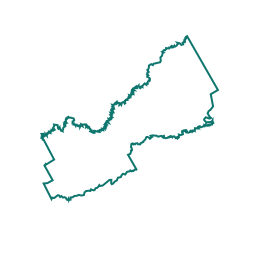 the district of San Justo, Santa Fe, Argentina, rotated 50°
{"feature_id": "61730980B61800814165729", "entity_name": "San Justo", "entity_type": "district", "adm_level": 2, "iso_a3": "ARG", "parent_name": "Argentina", "parent_adm1": "Santa Fe", "projection": "albers", "projection_center": [-60.381, -30.562], "detail": "fine", "context": "isolated", "style": "outline", "palette": "teal", "viewbox_px": 256, "rotation_deg": 50, "n_neighbors": 0, "source": "geoboundaries", "source_scale": "gbopen_adm2", "svg_char_len": 5845}
<svg xmlns="http://www.w3.org/2000/svg" viewBox="0 0 256 256"><g transform="rotate(50 128 128)"><path d="M83.0,200.2L104.7,204.9L103.3,214.4L102.7,214.3L103.0,216.1L119.6,219.3L118.4,225.2L116.3,228.3L133.3,232.3L132.6,230.8L134.2,229.6L134.4,224.9L135.3,224.2L137.2,224.4L137.3,222.8L139.5,222.5L140.2,221.1L141.3,220.5L143.7,220.9L144.5,220.3L144.0,219.1L144.8,219.5L144.6,219.2L145.5,218.9L146.0,218.1L144.3,216.6L145.5,214.9L145.6,212.8L147.0,210.8L147.6,208.7L149.7,207.2L151.0,204.9L149.4,202.7L149.3,200.8L150.7,198.5L152.0,197.3L151.2,195.9L153.8,194.3L154.0,193.4L153.3,191.6L154.0,190.1L153.9,188.3L153.3,186.7L154.4,186.7L155.8,184.4L155.9,175.4L157.0,174.1L159.5,176.4L160.6,176.5L161.0,175.2L160.5,172.6L161.0,170.3L159.6,167.7L161.0,165.0L160.0,163.2L159.9,161.2L161.8,160.1L161.0,156.8L162.5,154.0L162.1,153.5L163.7,152.9L163.8,151.7L164.4,151.4L164.2,149.8L165.0,148.6L165.9,148.3L148.5,145.2L149.3,142.9L148.0,140.7L147.2,140.2L147.6,139.3L146.1,138.2L144.6,138.0L142.4,135.6L142.6,134.7L143.9,134.4L143.7,133.7L145.0,133.1L144.8,132.1L145.7,130.6L146.8,130.8L148.4,129.1L147.7,127.9L148.6,125.4L148.1,125.1L147.9,122.2L146.8,119.7L147.3,118.9L148.9,118.0L150.2,118.2L150.5,117.5L150.0,116.6L150.3,115.4L148.6,115.5L149.4,114.0L152.3,111.1L154.0,110.5L155.4,107.6L157.4,107.3L156.7,106.5L157.1,105.5L158.8,106.5L160.0,105.8L161.1,103.5L161.8,103.8L161.0,102.8L161.5,102.5L161.4,100.7L162.0,100.3L162.5,100.8L163.1,99.7L163.6,99.8L163.4,99.1L164.2,97.9L165.9,97.9L166.4,96.7L166.7,97.2L166.9,96.7L167.9,96.9L167.9,95.0L165.7,93.3L167.3,92.2L168.4,89.1L167.7,90.0L165.8,89.2L165.3,88.6L166.9,87.7L165.7,87.8L165.5,87.2L166.6,85.3L167.9,85.6L167.7,86.3L168.6,86.3L169.1,85.9L168.5,85.0L169.8,85.3L170.4,84.6L171.0,83.2L170.3,82.4L170.4,81.7L171.5,81.6L171.1,81.0L171.4,80.4L172.3,80.9L172.3,79.0L173.2,78.7L171.2,76.8L173.4,74.8L173.0,74.2L172.5,74.7L172.4,74.1L173.0,73.9L172.2,73.7L172.2,73.1L172.8,71.9L173.4,72.2L174.5,71.5L175.2,68.9L174.6,67.8L175.6,67.6L175.3,66.6L175.8,67.0L175.7,66.4L176.1,66.7L175.9,66.3L177.1,66.1L177.0,64.7L177.7,64.6L177.4,64.3L178.4,63.5L177.9,63.1L179.0,61.9L178.6,61.3L179.0,61.1L178.3,60.6L179.0,59.5L177.9,59.1L177.8,59.7L176.5,58.5L177.0,60.1L174.1,64.3L171.2,64.6L170.2,64.0L169.8,61.5L173.2,59.5L173.7,58.0L171.1,58.2L168.0,57.6L166.9,55.3L167.1,53.1L166.1,48.9L155.3,42.9L156.7,34.7L95.6,23.7L95.4,24.8L96.4,25.3L96.0,26.3L96.8,26.4L96.7,28.0L97.5,28.2L97.5,28.7L98.1,28.5L98.8,29.4L97.9,30.0L97.8,31.3L99.4,32.0L98.7,33.7L96.4,33.9L94.7,35.2L95.8,35.1L95.5,36.4L96.1,37.6L95.9,39.6L95.4,40.4L94.9,40.1L95.3,41.4L94.5,42.7L94.0,42.6L94.3,42.0L93.9,41.4L93.1,41.8L93.5,44.1L92.8,44.7L93.4,45.5L91.3,47.4L92.1,48.0L91.9,48.8L92.3,49.6L91.3,50.9L92.0,51.9L91.7,52.7L93.1,52.3L92.8,53.3L94.5,55.4L94.8,57.8L97.7,59.8L98.3,61.1L95.2,67.2L95.8,68.5L94.0,69.2L93.6,71.8L95.4,73.5L96.1,75.0L96.0,75.9L98.3,76.1L98.0,77.4L98.7,77.8L98.9,78.8L100.6,78.6L100.3,79.6L101.2,80.4L103.5,79.4L104.5,79.6L105.7,80.8L105.8,81.5L104.9,81.7L105.6,83.7L106.7,84.3L105.9,85.2L106.8,86.1L104.6,86.7L105.1,90.2L105.8,90.6L104.8,91.0L105.5,92.9L104.8,93.2L104.0,92.4L102.9,93.4L102.4,92.9L102.6,94.0L101.4,94.5L101.4,95.9L102.9,95.9L101.9,97.0L101.8,97.7L102.4,97.8L101.2,97.8L101.0,98.8L101.5,99.3L102.9,99.0L101.3,100.5L102.1,101.4L102.5,100.4L103.2,100.3L105.2,101.8L103.3,102.1L103.4,103.2L104.8,103.3L104.4,104.1L105.0,104.9L103.6,105.9L106.0,106.5L105.5,107.2L104.3,106.9L104.7,108.0L105.7,108.3L105.3,110.2L106.1,110.5L105.0,111.6L106.2,114.0L107.2,114.1L107.2,114.8L105.4,114.1L105.6,115.0L104.9,115.5L104.7,116.7L105.9,118.2L104.7,118.1L104.8,119.8L103.4,118.5L102.3,119.3L102.2,120.3L100.7,119.6L100.7,120.8L102.1,121.2L102.0,122.0L100.7,122.5L101.3,124.1L100.1,125.1L101.6,125.3L101.5,125.9L102.1,125.7L102.4,126.6L102.6,125.6L104.1,126.2L103.4,126.8L104.2,127.2L104.0,128.1L105.1,128.6L103.6,128.8L103.6,129.5L105.0,129.5L105.1,130.7L106.0,130.0L105.7,131.3L107.1,130.9L107.1,131.6L106.1,131.9L107.6,132.3L106.9,133.2L108.5,133.2L108.7,134.7L109.3,134.3L109.1,133.5L109.9,133.2L109.8,134.7L110.4,135.1L110.4,135.7L110.0,136.1L109.2,135.7L109.4,136.8L108.7,137.1L110.1,137.6L109.2,139.4L111.3,139.6L109.4,140.5L109.9,142.3L110.7,141.7L111.2,142.6L112.2,142.2L112.1,143.4L110.7,143.3L110.5,143.9L111.9,144.0L112.0,144.9L113.0,144.3L113.0,145.6L113.4,144.8L113.8,145.2L112.6,145.9L113.6,146.5L112.5,146.7L113.1,147.8L112.3,148.2L113.5,148.6L112.3,149.3L112.6,150.1L111.7,150.1L111.4,150.7L111.6,151.7L112.8,152.3L111.9,153.1L111.7,152.5L110.9,152.7L111.0,153.8L108.9,155.2L109.7,156.1L108.6,156.4L109.9,157.1L109.4,157.7L107.3,158.6L107.0,158.1L106.2,158.9L105.9,157.7L104.6,157.7L105.0,156.8L104.0,157.9L102.6,157.3L102.1,157.9L101.7,157.3L101.3,157.5L101.8,158.6L100.5,158.6L100.4,159.5L99.9,158.9L100.3,158.5L100.2,157.8L98.6,157.8L98.6,158.7L97.5,158.6L96.3,160.7L95.3,161.2L97.3,161.8L95.6,162.5L96.3,164.0L95.0,163.1L94.4,164.2L94.6,165.0L93.2,165.5L92.6,165.1L91.9,165.8L92.5,166.6L91.6,166.4L90.5,167.5L89.7,166.6L88.9,167.6L87.3,166.2L87.7,165.1L87.4,164.1L85.8,163.5L83.1,165.3L82.3,166.5L81.4,166.5L81.5,167.2L81.0,167.1L80.9,168.5L81.5,168.4L81.8,169.1L80.4,170.1L81.8,169.5L82.0,170.6L82.9,171.2L82.7,172.1L84.5,171.8L83.6,173.3L84.7,173.1L84.8,173.9L85.5,174.3L84.4,174.8L84.9,175.2L85.8,174.7L86.3,175.3L86.1,177.2L87.5,178.8L87.4,179.8L88.4,180.2L86.8,181.1L84.7,180.2L84.3,181.2L83.5,180.4L83.7,181.7L83.3,181.8L80.5,180.1L77.8,182.5L79.1,183.2L79.7,185.2L82.2,185.3L81.9,186.9L81.0,186.8L81.5,187.5L80.2,187.9L80.9,188.8L80.4,190.0L81.0,190.1L80.3,190.6L81.6,191.0L80.2,191.8L80.1,192.9L80.7,192.4L81.0,193.7L80.5,194.4L81.6,195.1L79.9,195.1L80.7,195.6L80.6,196.7L79.3,195.8L79.0,196.7L79.8,197.1L79.2,198.0L77.9,196.8L77.0,198.0L77.9,198.2L79.4,200.0L79.5,199.3L80.3,199.3L80.5,200.5L81.2,200.3L81.2,199.8L82.1,200.8L83.0,200.2Z" fill="none" stroke="#0f766e" stroke-width="2"/></g></svg>